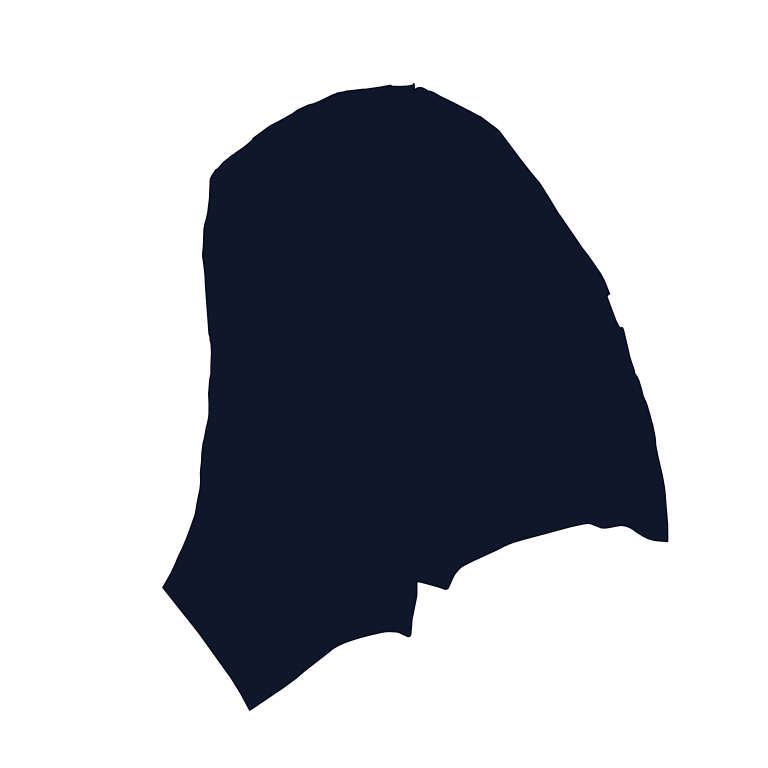 outline of Bangkok Yai, Bangkok Metropolis, Thailand, rotated 169°
{"feature_id": "78962969B71650774119704", "entity_name": "Bangkok Yai", "entity_type": "district", "adm_level": 2, "iso_a3": "THA", "parent_name": "Thailand", "parent_adm1": "Bangkok Metropolis", "projection": "equal_earth", "projection_center": [100.476, 13.735], "detail": "fine", "context": "isolated", "style": "filled", "palette": "ink", "viewbox_px": 768, "rotation_deg": 169, "n_neighbors": 0, "source": "geoboundaries", "source_scale": "gbopen_adm2", "svg_char_len": 4549}
<svg xmlns="http://www.w3.org/2000/svg" viewBox="0 0 768 768"><g transform="rotate(169 384 384)"><path d="M135.8,175.4L135.1,178.0L132.4,193.0L132.1,195.9L130.3,212.6L129.2,221.9L129.0,224.5L128.9,225.0L128.6,229.2L128.4,239.8L128.4,241.4L129.1,260.9L129.1,272.8L128.8,274.3L128.2,278.9L128.2,288.8L128.2,292.2L128.7,296.4L128.8,299.9L129.8,311.1L129.9,312.3L130.5,316.2L132.0,322.6L132.6,332.2L133.4,339.3L134.5,343.1L134.9,343.9L136.0,346.5L135.9,349.7L137.3,359.7L137.8,364.5L137.9,369.4L137.9,370.7L138.0,372.8L138.6,387.7L138.5,388.8L138.9,392.0L138.9,392.3L139.2,393.2L139.5,393.8L139.8,393.8L141.3,393.8L142.0,394.4L143.0,396.8L144.5,402.4L145.0,405.5L148.4,425.8L148.4,426.3L148.5,427.1L148.3,427.8L148.2,428.3L146.2,429.2L145.5,429.6L148.0,442.5L148.2,443.6L150.6,451.2L157.9,467.8L158.4,468.9L158.7,469.8L158.9,470.2L159.3,471.2L159.7,471.8L160.6,473.5L163.5,479.3L168.5,490.8L179.5,516.2L180.4,517.9L187.0,535.9L187.6,537.5L191.5,547.7L193.6,552.5L196.2,557.0L201.5,566.9L207.9,579.4L210.8,585.5L222.4,609.4L223.2,610.7L223.7,611.3L224.1,611.9L224.7,612.7L231.2,619.8L231.4,620.1L234.2,623.2L238.4,627.9L239.4,628.5L262.6,646.9L274.1,655.5L279.2,660.0L282.7,662.3L283.6,662.4L285.5,663.6L288.3,666.1L290.6,667.6L293.0,668.1L293.9,668.1L294.7,668.1L297.9,666.7L297.4,672.1L297.3,673.5L297.4,673.3L297.8,672.6L298.0,672.4L298.8,671.8L301.3,671.7L302.2,671.7L303.7,671.8L306.4,672.1L311.2,672.8L312.2,673.0L318.7,674.4L319.7,674.7L319.9,675.0L320.3,675.7L321.3,675.9L321.7,675.9L323.5,675.9L332.6,676.0L340.9,676.5L344.6,676.6L346.9,676.9L348.1,677.1L349.4,677.3L351.0,677.3L353.8,677.6L359.3,678.0L360.4,678.1L363.3,678.4L365.1,678.5L369.0,678.2L371.0,678.4L372.2,678.4L373.1,678.4L374.4,678.4L374.7,678.3L375.3,678.1L375.6,678.0L375.8,677.9L376.2,677.8L376.5,677.8L376.7,677.7L376.9,677.7L378.4,677.6L393.1,673.7L399.2,672.4L404.9,672.1L413.9,670.0L416.0,669.4L416.7,669.1L420.6,667.4L421.3,666.8L423.1,666.2L423.4,666.2L435.5,662.2L446.9,658.8L462.5,651.4L464.5,650.5L466.1,649.4L465.9,649.0L465.8,648.8L469.4,646.7L472.3,645.1L473.7,644.4L476.2,643.0L485.3,639.1L486.6,638.2L488.0,637.7L489.2,637.4L499.1,632.1L506.3,626.7L508.3,626.2L512.9,621.3L513.3,620.9L514.3,619.6L515.2,618.4L515.4,617.6L515.6,617.0L515.9,615.8L516.2,614.3L519.1,602.4L519.3,601.4L519.8,599.3L523.4,588.2L523.5,587.9L523.6,587.5L523.8,586.7L523.9,586.4L526.9,579.5L528.4,576.6L528.6,576.3L530.4,571.9L531.2,569.8L534.5,555.1L535.4,551.8L535.8,550.3L536.6,548.2L537.1,545.8L537.6,543.8L537.6,542.8L537.7,538.9L538.3,531.0L538.8,525.0L540.5,513.4L544.8,477.2L545.3,473.0L545.4,472.4L545.4,472.2L546.1,466.6L545.7,463.3L546.2,460.0L545.9,456.9L546.6,451.7L547.2,447.7L550.5,433.7L551.8,426.9L552.9,424.3L553.9,421.9L554.8,418.9L555.3,417.2L556.8,411.6L557.9,407.9L558.2,405.5L559.3,398.3L560.2,393.7L561.3,388.3L562.4,384.4L565.4,377.4L567.2,373.8L568.0,371.2L569.4,367.7L569.5,367.5L570.1,366.1L570.7,364.6L572.0,361.8L572.9,359.9L575.8,350.9L577.9,342.1L579.9,335.7L580.4,334.1L580.8,332.3L581.1,331.3L582.1,325.2L583.1,320.5L583.2,320.1L583.4,319.7L584.5,316.1L584.8,315.2L585.1,314.6L588.7,306.1L589.4,304.3L594.0,292.1L601.7,278.9L603.0,276.7L605.8,272.1L613.4,260.7L616.1,257.3L617.5,255.4L620.2,251.4L623.6,246.3L626.4,242.5L626.9,241.8L629.1,238.8L639.8,226.3L639.4,225.6L633.7,214.6L613.0,174.7L604.1,155.3L590.2,125.0L583.6,107.6L578.0,89.5L558.9,97.6L540.0,105.7L526.2,112.2L524.6,113.2L517.0,117.5L509.4,121.4L490.6,130.9L487.9,132.3L485.2,133.8L482.9,134.7L479.7,135.8L476.5,136.7L472.2,137.7L464.6,138.8L459.6,139.4L450.7,140.1L442.3,140.6L441.0,140.6L432.8,140.8L429.8,140.7L425.7,140.1L422.5,139.3L419.3,138.5L416.6,137.4L416.4,137.2L408.9,131.7L408.3,131.5L407.5,131.5L406.8,131.7L406.3,132.1L405.8,132.7L405.5,133.3L402.2,145.3L401.7,147.1L392.4,169.9L391.5,173.9L389.8,182.8L389.5,183.3L389.1,183.6L388.6,183.7L387.9,183.5L383.9,181.8L369.1,174.5L363.9,171.4L363.1,171.0L362.0,170.8L361.3,170.9L360.4,171.2L359.6,172.0L354.7,179.1L352.0,182.7L350.5,184.3L347.3,187.0L344.7,188.8L344.3,189.0L342.6,190.0L340.8,190.6L330.4,193.6L304.8,199.8L297.9,201.8L292.2,203.2L285.7,204.2L281.1,204.6L277.3,205.0L272.9,205.3L242.8,207.4L227.4,208.5L215.9,208.7L214.1,208.7L210.7,208.5L209.8,208.4L209.1,208.1L208.5,207.8L207.2,207.2L197.9,201.4L196.0,200.9L194.0,200.5L191.8,200.4L189.1,200.3L182.7,200.3L179.6,200.2L178.1,200.1L176.3,199.5L173.9,198.6L172.8,198.0L172.0,197.5L170.2,196.4L169.1,195.5L167.3,194.0L163.6,190.0L158.4,185.2L154.4,182.1L151.5,180.5L148.8,179.2L145.5,178.1L135.8,175.4Z" fill="#0f172a" stroke="#020617" stroke-width="1.5"/></g></svg>